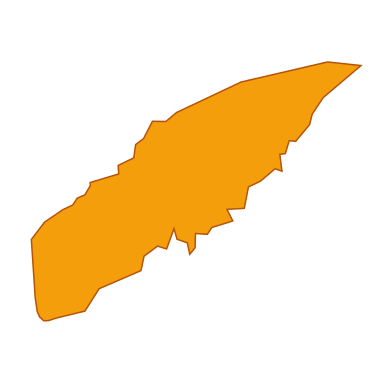 outline of Pasquotank, North Carolina, United States of America, rotated 96°
{"feature_id": "52423323B46156622998042", "entity_name": "Pasquotank", "entity_type": "district", "adm_level": 2, "iso_a3": "USA", "parent_name": "United States of America", "parent_adm1": "North Carolina", "projection": "robinson", "projection_center": [-76.265, 36.317], "detail": "fine", "context": "isolated", "style": "filled", "palette": "amber", "viewbox_px": 384, "rotation_deg": 96, "n_neighbors": 0, "source": "geoboundaries", "source_scale": "gbopen_adm2", "svg_char_len": 818}
<svg xmlns="http://www.w3.org/2000/svg" viewBox="0 0 384 384"><g transform="rotate(96 192 192)"><path d="M73.5,143.2L77.5,154.7L114.5,215.6L124.6,225.4L125.8,238.7L144.0,245.8L150.7,253.0L164.1,253.5L173.3,268.2L181.7,266.8L193.2,294.3L196.3,293.8L206.0,298.2L210.1,305.5L217.4,309.3L223.2,318.8L237.4,335.5L256.0,346.8L313.4,336.9L327.2,333.4L332.2,330.5L335.5,326.1L335.0,321.5L331.4,313.4L321.6,286.0L297.8,274.2L275.5,234.5L260.9,233.0L249.4,220.6L251.3,211.3L230.3,206.1L240.6,201.9L243.0,191.4L254.2,187.7L247.1,183.1L232.9,184.2L232.5,172.4L225.2,168.5L216.5,148.4L205.6,155.4L202.8,138.3L181.1,136.4L174.0,125.0L160.2,111.8L161.9,104.7L145.3,108.6L144.1,103.2L130.8,100.7L130.8,94.2L112.7,82.1L102.1,80.6L84.4,71.4L48.6,37.2L48.5,70.8L73.5,143.2Z" fill="#f59e0b" stroke="#b45309" stroke-width="1.5"/></g></svg>